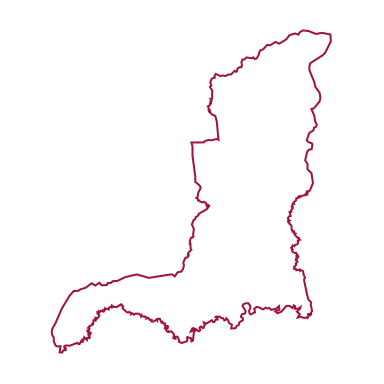 Phrasaeng, Surat Thani, Thailand, rotated 84°
{"feature_id": "78962969B2036250841951", "entity_name": "Phrasaeng", "entity_type": "district", "adm_level": 2, "iso_a3": "THA", "parent_name": "Thailand", "parent_adm1": "Surat Thani", "projection": "mercator", "projection_center": [99.157, 8.509], "detail": "fine", "context": "isolated", "style": "outline", "palette": "rose", "viewbox_px": 384, "rotation_deg": 84, "n_neighbors": 0, "source": "geoboundaries", "source_scale": "gbopen_adm2", "svg_char_len": 5959}
<svg xmlns="http://www.w3.org/2000/svg" viewBox="0 0 384 384"><g transform="rotate(84 192 192)"><path d="M274.9,298.0L272.3,301.3L276.0,307.6L277.2,313.3L278.4,315.4L278.1,320.0L282.4,324.6L294.4,333.7L308.1,341.4L313.2,345.1L316.5,346.2L319.4,346.0L322.2,344.7L326.2,345.1L330.5,343.7L331.7,341.4L331.6,338.8L337.7,340.4L338.0,337.8L336.2,336.7L336.1,334.1L334.5,334.0L334.5,334.8L333.6,334.4L333.2,335.3L331.9,335.0L331.4,333.0L332.1,329.8L330.0,321.7L331.4,320.9L331.5,319.7L328.9,318.1L329.8,316.9L329.2,316.1L327.3,316.6L327.3,315.0L325.2,314.4L328.1,312.0L326.3,311.6L326.6,309.1L325.4,308.9L323.5,310.5L324.3,309.2L321.9,307.5L321.8,309.7L320.5,308.8L319.9,310.5L318.9,310.6L319.0,309.1L316.9,308.2L316.3,309.6L314.8,308.2L313.5,304.4L312.4,304.8L312.2,304.0L309.3,303.3L309.8,301.6L308.6,301.8L308.9,300.8L308.2,300.3L307.1,300.8L307.6,299.2L305.4,297.0L303.4,298.0L302.8,297.5L303.1,298.6L301.9,298.7L302.3,297.8L301.0,297.4L302.6,296.2L301.4,296.5L300.5,295.1L301.5,293.0L300.4,292.7L301.2,291.9L298.7,290.7L299.7,290.2L299.2,288.7L300.2,287.3L298.3,286.5L297.7,285.1L298.4,284.0L296.5,283.5L298.1,281.9L298.6,278.9L296.4,274.7L297.3,274.2L296.8,273.5L298.9,272.4L300.4,273.2L304.6,269.6L305.2,267.9L304.7,267.0L306.2,265.0L307.1,265.3L306.5,263.9L308.0,262.6L307.0,261.2L307.6,257.3L308.9,256.2L308.8,255.2L310.7,255.5L310.2,254.4L311.2,252.5L310.8,251.9L312.1,250.3L313.1,250.6L312.7,248.5L314.8,247.5L314.8,245.5L316.6,245.8L316.8,243.9L315.2,240.6L316.2,240.0L314.5,239.7L314.8,237.2L318.5,236.1L318.0,235.0L319.4,234.9L320.0,232.5L321.3,233.2L322.1,232.2L323.9,233.0L322.6,230.5L323.1,229.9L325.3,230.6L325.7,232.3L327.7,231.8L328.4,231.0L328.0,230.1L328.8,229.9L328.3,227.2L331.7,224.8L335.5,225.8L336.2,223.8L334.1,223.9L334.4,221.5L338.4,220.2L339.6,220.6L341.1,218.0L339.9,212.7L338.4,212.0L336.1,212.3L335.8,211.6L337.4,208.3L340.5,208.1L339.8,206.5L331.9,204.9L330.3,203.4L329.5,204.6L330.6,207.7L327.7,206.0L327.5,204.7L329.4,201.6L331.1,200.4L331.0,199.1L330.2,198.2L327.9,198.7L326.8,197.6L326.8,196.6L328.6,195.6L328.3,194.7L325.7,193.3L323.0,193.8L324.4,191.7L321.6,185.7L323.6,184.6L323.6,183.4L321.4,181.8L321.6,179.9L319.9,179.8L318.8,181.6L318.4,181.1L318.8,177.6L320.4,176.0L320.8,174.3L323.1,173.3L322.6,171.7L321.2,171.1L323.4,169.4L325.9,169.0L328.2,166.2L331.8,167.3L332.0,162.9L330.0,161.7L329.2,159.5L326.5,158.5L324.9,154.8L322.8,154.6L321.4,156.3L320.1,156.0L318.8,155.0L318.4,152.0L316.2,151.1L310.5,153.7L309.0,152.6L308.3,150.1L308.5,147.6L311.4,146.0L313.5,146.1L316.3,147.7L318.6,147.5L319.9,146.4L318.2,141.9L314.6,142.3L313.1,139.8L313.6,137.6L316.2,133.7L314.8,131.0L315.8,128.8L315.4,127.3L317.5,125.6L316.8,120.3L314.6,117.5L318.2,117.3L319.4,121.7L321.5,119.7L320.4,115.6L315.2,110.1L315.5,106.9L317.9,104.2L315.4,102.5L316.5,101.4L318.9,101.9L319.1,98.2L317.9,96.2L319.5,96.9L321.9,100.2L324.7,97.6L327.9,99.9L327.4,97.1L328.9,94.0L328.7,91.4L329.5,90.5L328.1,89.3L325.7,89.4L325.6,88.0L326.9,87.3L326.2,86.3L324.5,86.3L322.9,85.0L316.1,85.7L314.2,85.0L311.2,87.4L305.8,88.3L291.1,89.8L289.1,88.6L285.5,89.7L282.9,89.7L281.9,90.1L281.1,92.2L281.6,92.7L280.3,92.9L280.7,96.4L279.2,96.9L279.0,98.5L278.1,97.9L277.2,98.4L275.4,96.0L274.1,96.4L272.6,94.4L270.0,95.1L270.3,95.7L268.8,95.3L268.5,94.0L267.3,95.0L268.0,93.8L267.3,93.3L266.5,94.9L265.2,94.4L265.5,93.8L263.3,95.0L263.3,96.3L261.9,98.3L258.4,99.0L258.7,98.3L257.7,98.7L257.6,97.8L257.4,98.4L255.6,97.5L256.6,96.0L255.3,94.9L255.1,92.8L253.7,91.8L251.7,91.9L251.5,90.9L250.3,91.0L250.4,90.2L249.5,91.0L248.9,90.6L247.9,92.5L244.8,94.3L244.1,93.4L243.4,95.0L241.9,94.7L241.8,96.1L241.1,95.8L240.1,96.9L235.7,96.6L233.6,98.6L232.7,98.3L232.1,99.5L231.1,99.4L230.6,98.1L230.1,99.1L229.7,98.6L228.0,99.4L226.5,98.2L226.2,96.4L222.1,97.1L222.1,95.3L220.4,95.4L218.6,93.5L217.0,94.3L216.9,93.4L215.1,93.6L214.3,93.0L214.5,91.7L213.0,92.1L211.2,89.4L209.2,89.0L208.7,86.3L208.0,86.8L207.3,85.8L208.0,84.3L207.3,83.8L206.8,78.3L205.9,78.8L205.8,77.6L204.8,78.0L204.5,77.1L203.5,77.7L202.9,74.6L195.8,70.8L185.8,71.2L181.5,74.8L176.3,74.2L172.3,76.1L164.1,73.3L162.1,71.2L161.9,68.5L157.3,67.3L155.9,67.8L154.8,70.7L152.7,72.5L145.6,69.3L143.4,64.8L140.9,64.0L140.2,62.0L138.4,60.9L134.2,62.2L128.8,62.4L122.0,64.6L121.5,62.0L115.3,55.7L112.0,54.5L106.8,54.7L100.4,58.3L95.1,59.0L83.4,62.4L79.9,62.3L76.3,61.0L69.8,48.0L67.4,45.0L56.8,38.2L49.9,37.8L47.3,45.9L47.8,52.1L44.1,59.3L42.9,64.7L44.2,67.8L46.6,69.8L45.1,73.0L46.3,78.8L50.0,82.2L53.6,89.7L51.5,93.3L54.3,99.1L53.5,101.7L57.5,106.3L58.5,109.7L62.9,111.5L66.1,114.0L66.2,115.9L64.5,117.0L65.3,118.4L63.9,123.7L65.7,126.2L65.5,127.9L68.1,129.3L71.0,129.1L73.1,129.9L72.8,131.5L74.0,133.9L76.8,134.8L77.1,135.6L75.9,136.9L79.2,140.9L78.9,143.6L80.2,146.5L79.3,149.3L79.7,151.5L77.0,156.1L79.2,157.6L80.6,157.4L81.3,160.4L83.8,162.0L85.7,162.3L87.8,161.6L89.4,163.2L93.2,161.3L101.1,162.2L102.0,162.9L101.7,163.6L102.9,163.0L104.4,163.5L104.1,164.1L105.9,163.9L105.8,164.8L107.6,165.3L108.5,167.1L109.3,165.9L109.2,166.6L111.4,166.9L111.9,166.1L112.8,166.9L114.1,166.4L113.9,165.5L115.0,165.7L117.0,164.0L118.8,160.9L124.7,160.0L142.8,160.2L141.9,162.3L142.6,167.6L142.0,170.3L142.6,173.4L143.9,175.3L142.7,187.4L146.8,186.8L156.2,187.7L177.0,187.1L182.2,187.7L186.5,183.6L188.8,182.9L193.4,185.9L197.6,187.0L198.3,188.3L199.5,186.9L201.1,186.9L201.2,185.6L202.5,184.9L203.5,182.2L203.0,181.2L204.3,179.4L207.6,178.7L206.3,177.8L207.4,176.3L210.6,179.0L214.4,187.6L216.0,188.1L217.5,191.1L219.2,191.6L220.2,193.5L224.4,195.5L228.8,194.0L234.8,195.4L236.2,195.1L237.1,195.6L237.4,197.8L240.6,199.4L242.7,199.0L243.3,199.7L244.0,199.0L248.4,199.3L249.4,198.7L252.1,202.1L254.1,202.8L254.5,201.8L256.0,202.6L257.1,205.7L261.2,208.0L264.5,207.7L268.3,209.3L270.0,211.0L270.4,214.8L274.1,217.9L272.0,219.9L271.8,223.2L272.9,243.9L268.2,255.5L269.7,267.3L272.6,275.4L272.4,280.3L273.8,281.8L273.8,285.4L275.7,286.4L275.3,291.6L272.6,293.6L274.9,298.0Z" fill="none" stroke="#9f1239" stroke-width="2"/></g></svg>